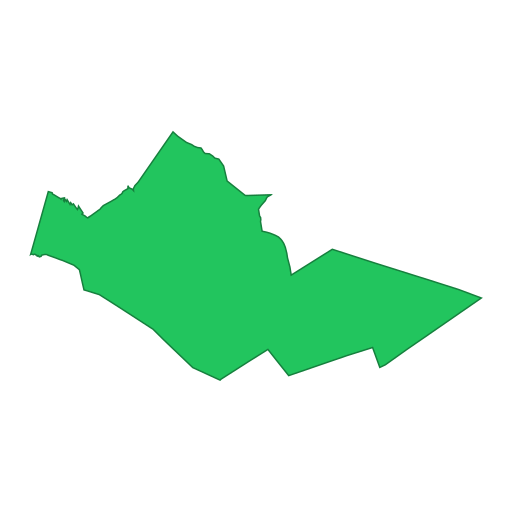 the district of Abasolo, Coahuila, Mexico
{"feature_id": "50627088B17032469842403", "entity_name": "Abasolo", "entity_type": "district", "adm_level": 2, "iso_a3": "MEX", "parent_name": "Mexico", "parent_adm1": "Coahuila", "projection": "albers", "projection_center": [-101.341, 27.143], "detail": "fine", "context": "isolated", "style": "filled", "palette": "green", "viewbox_px": 512, "rotation_deg": 0, "n_neighbors": 0, "source": "geoboundaries", "source_scale": "gbopen_adm2", "svg_char_len": 2253}
<svg xmlns="http://www.w3.org/2000/svg" viewBox="0 0 512 512"><path d="M481.3,298.0L459.1,289.7L434.1,281.7L374.7,263.0L332.3,249.3L291.2,275.1L289.9,267.0L287.5,257.9L286.8,253.3L285.3,247.3L283.7,243.4L282.0,240.7L280.7,239.1L278.5,237.0L275.5,235.4L272.9,234.3L269.8,233.1L266.6,232.2L262.1,231.2L260.5,221.5L260.8,219.8L260.6,217.5L259.6,216.1L258.5,209.2L259.4,207.8L261.3,205.2L265.3,200.7L266.9,197.4L268.1,196.4L270.8,195.0L271.0,194.8L247.6,195.5L247.2,195.5L245.6,195.5L245.0,195.3L227.1,181.0L223.6,166.0L218.8,159.1L214.8,158.1L212.8,156.1L209.4,153.8L205.1,153.5L203.6,152.1L202.1,149.5L201.0,148.0L198.8,147.7L197.7,147.6L194.2,146.3L191.7,144.6L186.4,142.4L177.8,136.3L173.0,131.9L139.3,180.5L138.1,182.2L137.2,183.2L135.1,185.4L134.9,185.6L134.8,185.9L133.3,188.8L133.5,190.6L132.2,189.2L128.9,187.7L128.0,185.7L127.9,188.6L126.4,189.5L124.4,190.6L124.0,190.9L123.6,191.1L123.3,191.4L122.7,191.9L122.1,193.4L121.2,194.2L120.2,194.8L119.7,195.1L117.3,197.5L114.8,199.3L113.9,199.7L111.4,201.2L107.7,203.2L103.3,205.6L101.2,207.7L101.0,207.9L100.5,208.7L99.8,209.4L97.7,210.8L97.4,211.1L89.9,216.5L89.8,216.4L89.3,216.7L88.9,216.9L88.9,217.2L88.1,217.7L87.8,217.9L87.7,217.8L86.8,217.4L86.1,216.9L85.1,216.0L82.4,214.5L81.9,214.2L82.1,213.9L83.0,213.0L78.5,206.1L78.1,207.9L77.4,209.5L75.7,207.3L73.4,203.9L72.1,204.8L70.7,202.7L70.0,204.4L67.1,199.7L66.4,201.4L65.7,200.4L65.0,199.3L64.2,201.5L63.5,200.4L64.3,197.9L63.1,198.1L61.3,198.5L61.0,199.2L60.5,198.6L58.6,197.6L54.0,194.8L52.6,194.1L52.5,193.8L52.1,192.7L48.3,191.6L42.6,211.9L33.0,246.1L32.2,248.9L30.7,254.3L31.1,254.0L33.6,254.7L34.2,254.2L34.9,254.2L36.1,255.1L36.6,255.1L37.1,255.5L37.2,256.1L37.8,256.1L38.3,255.7L39.3,256.9L41.0,256.4L42.0,255.0L45.2,254.4L45.8,254.5L46.2,254.5L47.0,254.6L48.0,255.2L55.6,257.9L60.0,259.6L62.5,260.4L73.9,265.2L79.4,269.7L80.3,273.5L82.6,283.9L84.0,289.9L84.7,290.1L99.3,294.6L115.8,305.1L127.1,312.4L151.3,328.1L152.8,329.0L163.5,339.6L168.4,344.3L192.8,367.6L218.5,379.4L220.1,380.1L221.1,379.1L246.0,363.2L248.0,361.9L261.1,353.7L267.9,349.4L276.5,360.3L288.7,375.6L346.9,355.6L372.6,347.5L379.8,367.4L385.3,364.8L407.2,349.2L415.2,343.7L415.9,343.2L421.3,339.5L481.3,298.0Z" fill="#22c55e" stroke="#15803d" stroke-width="1.5"/></svg>